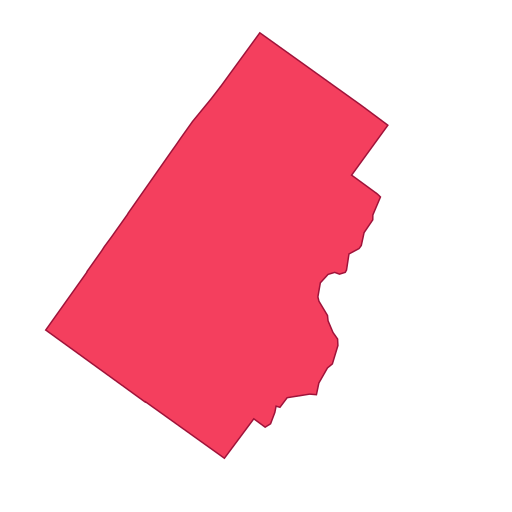 Cassia, Idaho, United States of America (Equal Earth projection), rotated 126°
{"feature_id": "52423323B45878756747567", "entity_name": "Cassia", "entity_type": "district", "adm_level": 2, "iso_a3": "USA", "parent_name": "United States of America", "parent_adm1": "Idaho", "projection": "equal_earth", "projection_center": [-113.644, 42.338], "detail": "fine", "context": "isolated", "style": "filled", "palette": "rose", "viewbox_px": 512, "rotation_deg": 126, "n_neighbors": 0, "source": "geoboundaries", "source_scale": "gbopen_adm2", "svg_char_len": 900}
<svg xmlns="http://www.w3.org/2000/svg" viewBox="0 0 512 512"><g transform="rotate(126 256 256)"><path d="M173.6,182.3L158.1,182.8L154.1,185.6L135.1,190.0L134.5,194.2L134.4,226.2L72.7,226.2L72.3,258.5L73.2,384.1L123.1,384.2L136.2,384.2L140.0,384.2L140.0,384.3L141.9,384.3L155.6,384.7L184.3,386.4L204.7,386.2L212.1,386.0L221.1,385.9L296.5,384.6L297.8,384.4L316.4,384.2L324.7,384.1L326.4,384.1L337.5,384.2L342.5,383.9L368.0,383.6L368.5,383.3L439.5,382.6L439.3,259.7L438.9,259.7L438.2,162.7L389.0,162.1L389.1,148.0L383.2,145.6L371.5,148.8L365.7,151.5L364.3,147.7L352.3,147.5L336.2,131.4L332.7,125.6L321.8,130.5L304.5,132.4L298.4,130.8L280.3,137.1L275.2,141.2L272.6,148.8L266.1,159.6L262.1,163.2L255.6,178.5L252.7,181.9L239.9,188.2L228.5,186.9L223.0,182.7L221.6,177.8L216.8,174.2L214.2,174.5L199.7,182.0L189.4,177.0L185.6,177.0L173.6,182.3Z" fill="#f43f5e" stroke="#9f1239" stroke-width="1.5"/></g></svg>